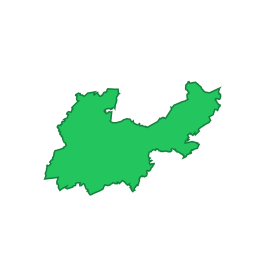 the district of Isnaudas pag., Ludzas, Latvia, rotated 143°
{"feature_id": "27541924B87627734072498", "entity_name": "Isnaudas pag.", "entity_type": "district", "adm_level": 2, "iso_a3": "LVA", "parent_name": "Latvia", "parent_adm1": "Ludzas", "projection": "robinson", "projection_center": [27.797, 56.478], "detail": "fine", "context": "isolated", "style": "filled", "palette": "green", "viewbox_px": 256, "rotation_deg": 143, "n_neighbors": 0, "source": "geoboundaries", "source_scale": "gbopen_adm2", "svg_char_len": 5839}
<svg xmlns="http://www.w3.org/2000/svg" viewBox="0 0 256 256"><g transform="rotate(143 128 128)"><path d="M199.9,153.8L202.0,152.6L202.4,152.0L202.9,151.7L203.1,151.1L203.5,151.0L205.2,149.8L205.8,149.8L205.9,149.4L206.8,148.9L207.1,148.2L207.9,148.1L208.4,148.5L211.0,147.9L211.1,145.7L213.3,145.6L215.0,145.8L215.0,146.9L215.3,146.9L216.8,144.8L217.6,144.4L219.0,142.8L220.3,142.2L221.6,141.2L222.0,139.4L225.2,137.4L213.4,130.5L217.1,128.0L218.3,126.2L217.8,126.0L218.2,123.6L219.3,122.6L219.7,121.3L219.9,119.1L217.2,119.2L212.1,118.4L213.9,117.7L213.2,116.0L207.6,114.1L206.6,114.6L204.6,113.7L203.0,114.9L203.0,115.2L201.3,114.7L200.2,113.7L199.1,113.1L199.8,112.3L200.6,111.9L201.1,110.7L200.0,110.2L197.3,110.4L196.6,109.6L198.1,104.6L197.1,102.8L198.6,102.1L198.0,101.2L198.3,101.1L198.6,97.8L198.1,97.1L193.9,96.3L188.2,94.8L184.8,94.3L182.6,95.7L180.6,96.5L179.0,94.3L177.8,93.7L177.0,93.4L175.6,93.5L174.2,93.2L172.7,93.4L171.9,91.4L170.6,90.4L169.9,89.9L169.6,90.5L169.7,91.0L169.1,91.1L168.5,90.6L168.2,88.8L164.0,89.4L163.2,86.5L163.0,83.7L162.8,82.8L160.6,82.5L161.4,81.9L160.9,79.4L162.2,79.1L161.6,77.2L162.4,77.0L162.6,75.7L162.4,74.3L161.4,74.5L159.9,74.3L160.0,75.2L159.5,75.8L158.7,76.3L157.6,76.2L156.8,76.8L155.7,76.8L155.3,77.2L155.0,77.0L154.8,76.2L154.2,76.3L154.0,77.0L152.6,77.6L150.5,79.2L150.2,79.5L150.2,80.3L148.7,80.8L148.7,81.2L148.4,81.4L147.4,81.5L146.2,81.3L146.4,81.2L145.9,80.6L144.7,80.0L144.2,79.1L142.1,78.7L140.1,80.1L139.8,81.0L138.8,82.5L138.1,82.4L137.5,81.2L136.8,80.9L135.8,80.9L135.1,81.1L133.8,82.1L132.3,82.3L131.2,82.6L130.7,83.1L128.8,83.5L128.5,83.9L130.5,84.9L130.9,85.3L131.8,85.0L132.3,85.4L132.0,85.8L132.2,86.5L132.0,87.2L131.5,87.9L128.6,87.7L128.8,88.1L130.0,88.4L130.4,89.1L130.4,89.6L129.8,90.4L128.4,90.6L129.1,91.8L128.7,93.3L125.8,95.9L125.0,95.8L124.0,95.2L121.4,95.7L119.6,94.5L119.6,93.7L119.0,93.7L118.0,94.3L117.7,93.8L117.1,93.6L116.9,93.2L117.1,92.7L116.7,91.9L116.9,91.2L116.1,90.3L115.9,89.4L114.6,89.0L114.4,88.2L112.3,87.3L111.3,86.5L110.1,84.7L109.1,84.2L108.7,83.6L106.9,83.5L106.6,83.7L106.7,84.2L106.3,85.0L105.5,84.9L104.6,84.4L104.0,83.2L102.9,82.3L103.0,82.0L103.9,81.6L103.8,81.2L103.3,80.7L103.1,80.2L103.0,79.7L103.2,79.4L102.0,78.3L101.7,77.0L101.3,76.5L101.2,75.5L100.4,74.4L100.2,73.7L100.5,73.5L100.3,73.0L100.2,71.8L102.0,70.8L99.2,70.2L98.5,70.3L97.6,71.0L96.5,71.1L92.7,69.9L92.3,70.2L93.5,70.7L92.9,71.2L90.1,72.1L89.6,71.2L88.8,71.4L87.6,71.2L84.8,70.0L83.2,71.0L81.0,72.1L82.2,73.9L81.5,74.1L84.9,78.6L89.1,80.3L89.8,80.9L91.4,81.6L89.9,83.1L87.9,81.8L86.3,82.1L87.1,82.9L87.2,83.2L86.8,83.4L87.1,83.7L85.1,83.7L84.8,86.5L81.4,86.4L81.5,85.1L81.1,85.1L80.6,83.1L77.4,84.1L78.4,82.0L73.0,82.6L72.8,84.5L69.7,84.7L65.4,84.4L65.4,84.6L59.7,83.6L58.9,84.2L57.6,84.2L56.6,88.1L52.0,87.4L47.4,90.7L46.4,89.5L45.9,88.1L42.8,90.0L41.3,90.1L40.6,90.8L41.1,91.6L41.6,91.9L41.4,92.4L41.6,94.9L41.1,96.1L41.4,96.7L41.0,97.4L41.4,97.7L41.3,98.2L40.7,98.6L39.9,98.5L38.8,97.5L38.8,97.1L38.3,96.4L37.6,95.9L36.7,96.1L35.9,96.7L35.0,97.5L33.9,99.2L34.3,99.9L34.3,100.2L34.8,100.3L34.2,101.8L33.1,103.3L32.1,103.7L32.2,104.2L30.8,104.7L41.7,107.0L45.1,110.6L45.4,113.9L45.6,114.3L45.0,117.0L45.8,119.8L45.8,121.1L46.3,122.4L46.5,123.8L48.9,125.2L51.3,126.2L51.7,127.0L51.4,128.3L51.8,128.5L52.4,128.6L53.0,128.0L56.0,127.4L58.2,124.9L58.7,123.8L57.8,122.6L58.3,120.6L58.0,119.8L58.7,119.0L60.3,119.4L61.2,118.7L62.8,116.0L63.0,114.7L65.3,115.2L66.1,115.2L69.1,116.4L77.7,118.5L78.1,118.3L80.7,117.6L81.1,118.6L82.0,116.8L92.2,113.1L93.1,113.8L92.9,114.5L93.1,114.9L94.4,115.7L96.3,115.6L96.7,116.5L100.4,115.3L112.4,116.9L112.5,117.9L113.4,118.3L113.2,118.9L114.0,119.4L115.0,120.5L115.1,121.5L117.0,122.5L117.0,123.4L116.2,124.3L116.2,124.6L117.3,124.5L118.5,124.9L119.1,125.6L120.3,127.9L120.1,129.6L119.6,130.5L120.7,130.4L121.3,130.7L121.4,131.8L121.0,133.3L121.3,134.2L122.3,134.8L123.2,136.0L123.9,136.3L124.9,136.5L126.6,137.2L129.4,137.3L134.4,139.4L136.5,140.9L138.0,143.1L137.9,143.8L138.0,144.5L137.1,144.5L131.3,150.7L132.6,151.2L133.0,152.1L133.4,152.3L134.0,152.4L135.1,152.1L135.6,152.5L136.5,152.4L136.7,152.7L136.5,153.3L136.8,153.8L136.9,154.6L135.9,154.7L135.7,155.3L136.8,155.6L136.4,156.3L133.8,156.4L133.5,156.0L132.5,155.7L131.0,154.6L130.6,154.1L130.8,153.5L130.3,153.5L129.9,153.0L129.3,152.9L129.4,153.4L128.6,153.5L127.1,152.8L126.6,152.2L126.7,151.6L125.8,152.6L124.9,153.3L125.0,153.6L124.6,154.0L121.3,155.9L120.8,156.8L120.4,156.9L120.0,157.4L118.8,159.5L116.8,160.0L115.4,160.8L114.2,160.7L114.6,161.7L112.6,165.0L114.4,166.2L120.5,171.4L121.4,171.3L121.4,171.0L122.4,170.5L122.6,170.0L123.2,169.8L124.7,169.9L124.6,170.4L125.5,170.8L126.4,170.8L128.5,169.6L129.4,170.1L130.1,169.6L131.4,170.3L131.5,173.7L130.9,174.6L132.3,174.9L134.1,174.6L135.1,174.8L135.2,175.1L135.1,175.6L133.5,176.3L133.4,176.6L132.6,176.7L139.3,180.1L143.4,179.6L144.3,180.3L144.5,181.8L146.4,183.0L145.5,184.3L146.4,185.1L146.5,185.6L148.0,185.9L148.7,185.6L149.5,186.1L150.2,185.6L150.0,184.9L149.2,184.8L150.1,183.5L151.5,182.3L152.0,181.1L151.9,180.0L151.2,179.4L160.5,178.1L160.8,177.3L160.5,176.4L161.7,176.3L163.8,174.8L165.9,176.9L167.8,176.6L168.5,176.2L168.4,175.3L167.5,174.6L170.4,172.7L172.3,173.0L172.7,173.3L174.1,173.4L173.5,172.0L174.7,171.5L175.8,172.3L176.2,172.4L176.4,172.7L177.5,172.4L177.8,172.1L177.5,171.7L177.8,171.3L178.4,170.9L179.7,171.3L180.1,170.5L181.5,171.6L181.6,171.9L182.2,172.0L182.8,172.0L183.8,171.4L184.0,171.1L183.5,170.5L184.0,170.2L183.8,167.9L185.0,167.6L184.9,166.8L185.1,166.4L184.6,166.2L184.9,165.6L184.6,165.3L185.0,164.4L185.7,164.5L186.1,164.2L185.9,162.7L185.6,161.8L186.3,161.2L185.8,160.4L187.3,157.0L187.2,156.1L187.7,155.0L187.0,153.5L187.7,152.2L187.8,151.4L188.1,151.1L190.2,151.1L191.1,151.4L191.6,150.6L198.0,152.9L199.9,153.8Z" fill="#22c55e" stroke="#15803d" stroke-width="1.5"/></g></svg>